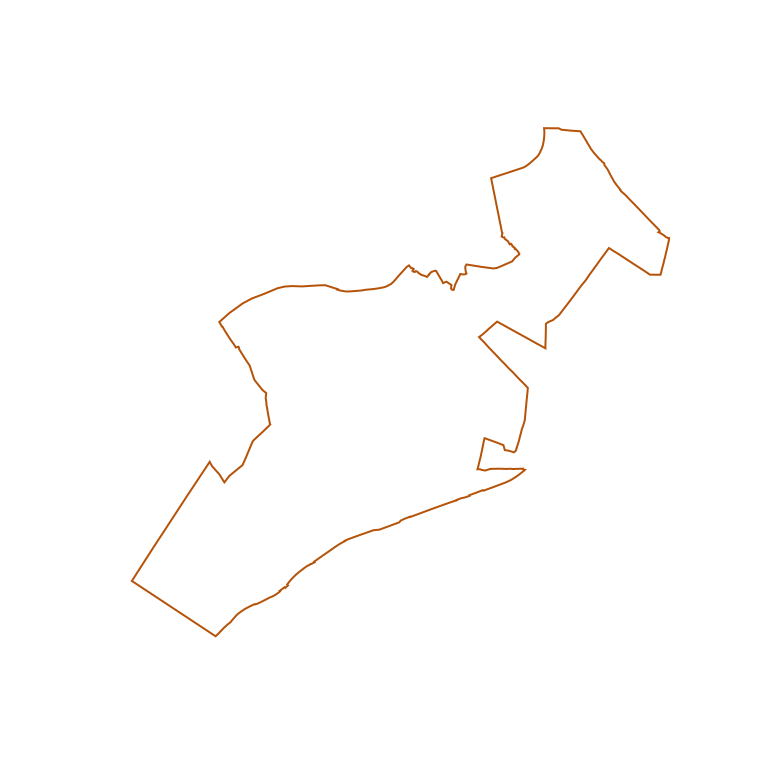 outline of Sērenes pag., Jaunjelgavas, Latvia, rotated 315°
{"feature_id": "27541924B63753357027447", "entity_name": "Sērenes pag.", "entity_type": "district", "adm_level": 2, "iso_a3": "LVA", "parent_name": "Latvia", "parent_adm1": "Jaunjelgavas", "projection": "orthographic", "projection_center": [25.194, 56.571], "detail": "fine", "context": "isolated", "style": "outline", "palette": "amber", "viewbox_px": 768, "rotation_deg": 315, "n_neighbors": 0, "source": "geoboundaries", "source_scale": "gbopen_adm2", "svg_char_len": 6049}
<svg xmlns="http://www.w3.org/2000/svg" viewBox="0 0 768 768"><g transform="rotate(315 384 384)"><path d="M672.3,322.3L669.7,324.4L665.4,327.4L661.7,329.2L657.5,330.7L655.4,331.3L653.8,331.5L651.7,331.5L647.9,331.3L644.1,331.1L641.3,330.8L638.4,330.3L636.6,329.8L635.2,329.3L605.3,314.2L574.0,361.2L574.1,361.3L572.9,361.9L572.2,362.7L571.6,362.8L571.6,363.9L572.1,364.8L572.7,365.3L572.4,365.6L572.3,366.5L572.1,366.8L572.2,367.5L572.2,368.6L572.5,369.4L572.5,370.4L572.6,370.9L572.4,371.4L572.0,372.7L571.7,374.2L572.8,374.4L573.0,374.9L572.9,375.8L572.4,377.1L572.3,377.6L572.7,378.4L572.3,378.9L572.5,379.6L572.7,380.3L572.3,380.9L572.1,381.1L572.5,381.3L572.5,384.4L571.7,387.8L571.3,387.9L570.7,387.9L569.9,387.9L568.5,387.7L566.6,387.5L565.9,387.4L565.1,387.6L561.2,387.9L546.1,381.9L543.0,379.6L535.5,369.8L532.5,365.6L526.8,357.8L524.4,358.5L522.8,360.3L522.0,361.4L521.5,362.1L521.1,362.8L520.8,363.4L520.5,364.1L520.3,364.0L519.4,364.1L519.2,363.9L517.5,362.5L516.4,361.2L516.2,360.9L515.7,360.2L514.6,360.6L509.3,362.4L504.8,364.0L499.7,366.7L498.8,365.5L498.9,363.8L501.7,361.7L501.2,359.5L500.5,355.8L497.1,354.4L497.8,352.5L500.8,340.9L500.6,340.3L497.1,338.4L495.1,338.2L493.4,338.3L493.4,338.6L491.6,338.6L490.1,338.7L489.9,338.3L489.7,337.5L489.5,336.9L489.2,336.2L488.3,334.7L488.1,334.1L487.8,333.8L487.6,333.4L487.4,332.7L487.4,332.3L487.5,331.7L487.0,330.7L486.9,329.1L487.0,328.7L486.9,328.5L487.0,328.2L486.9,327.8L486.7,327.3L486.5,327.0L486.0,326.5L485.4,326.7L485.0,326.5L484.8,326.3L484.3,325.5L484.1,324.7L484.0,324.4L484.4,324.0L484.8,324.0L485.3,323.9L486.0,323.9L486.4,323.5L486.2,322.8L486.1,322.5L485.2,321.3L485.5,317.8L483.1,317.3L478.3,317.5L470.1,317.9L465.0,318.3L462.7,318.4L461.0,318.3L459.4,318.2L457.4,317.5L455.6,317.1L452.4,315.6L450.3,314.2L447.4,312.2L443.7,309.4L440.9,307.1L438.2,304.8L434.8,302.4L432.0,300.1L428.6,297.2L425.8,294.8L423.0,292.2L420.9,289.5L419.0,286.7L417.7,284.2L418.3,284.1L412.3,272.6L407.8,268.3L395.1,257.1L388.1,249.6L382.6,244.8L376.4,241.0L363.0,235.5L351.0,230.1L341.1,227.1L325.1,224.5L311.4,223.7L310.2,228.3L310.2,228.6L310.0,229.3L310.3,229.4L309.4,232.7L308.1,238.2L306.8,244.3L306.0,249.4L305.1,253.5L307.3,254.6L307.5,254.9L306.1,257.3L303.7,267.6L302.7,272.6L302.1,275.8L300.5,279.0L298.4,283.3L297.7,284.5L296.1,287.8L295.7,288.5L295.2,290.0L293.8,302.3L294.3,307.1L293.5,307.8L290.7,310.0L286.9,314.9L286.2,315.5L285.4,316.8L285.3,317.0L281.4,322.4L275.5,331.0L275.0,332.2L265.9,332.1L252.9,331.6L251.7,331.6L250.5,331.8L245.9,333.6L234.0,338.5L226.6,341.3L226.4,341.3L209.7,339.6L201.6,340.7L201.7,340.1L202.3,337.5L202.7,335.7L203.8,331.0L203.8,330.0L204.3,320.9L205.3,316.8L205.7,315.8L167.1,323.6L120.9,333.3L114.9,334.5L109.4,335.7L105.4,336.5L97.3,338.3L97.1,338.4L96.6,338.4L66.4,345.0L67.2,348.7L86.1,441.1L86.6,443.3L89.8,443.4L98.8,443.2L105.0,443.6L105.3,443.8L108.1,443.9L108.5,443.7L116.3,443.2L118.6,443.3L123.0,444.0L127.2,444.9L132.0,446.4L137.1,448.3L137.2,448.9L140.1,450.2L149.9,453.5L151.4,453.9L155.6,455.6L158.6,456.4L162.2,457.0L163.9,457.1L163.9,456.5L170.1,457.4L170.1,458.4L173.7,458.5L173.7,457.3L179.4,456.6L186.1,456.5L191.1,456.9L197.8,457.8L201.8,458.5L202.6,459.1L205.0,459.4L205.4,459.9L208.8,461.0L208.9,460.2L216.4,461.5L220.4,462.2L229.2,463.8L233.4,464.5L237.5,465.3L240.5,466.0L245.3,467.5L245.4,467.1L249.5,468.7L259.7,473.5L272.9,479.8L277.9,483.8L285.0,487.1L297.0,492.6L299.3,492.4L304.3,494.3L308.7,496.3L308.5,496.6L317.7,500.8L325.3,504.3L333.1,507.9L345.6,513.8L353.2,517.6L353.3,517.3L357.5,519.2L361.5,521.7L365.4,523.6L365.7,523.0L378.9,529.0L378.9,529.8L400.3,539.6L405.7,541.6L411.4,542.9L414.3,543.4L417.2,543.8L421.6,544.3L422.9,544.3L422.4,543.7L422.2,543.4L422.1,543.1L422.1,542.8L421.7,541.6L421.8,541.6L421.4,541.2L420.8,540.7L420.1,539.9L419.0,539.1L418.7,538.8L418.4,538.4L418.2,538.1L417.5,537.4L416.6,536.7L416.3,536.5L415.1,535.3L413.5,533.4L411.2,531.2L410.3,530.5L408.6,528.6L408.2,528.1L406.8,526.7L405.7,525.5L403.2,523.1L400.9,520.8L399.7,519.8L399.1,519.2L394.3,516.7L392.3,513.7L391.6,512.2L390.8,511.3L389.8,510.4L391.3,509.6L396.8,506.2L401.5,503.4L413.4,495.5L416.7,493.4L416.8,493.4L416.9,493.5L418.1,496.1L421.9,504.2L425.2,511.7L422.7,516.2L425.0,519.3L427.4,523.9L427.5,524.2L428.0,524.3L430.3,524.3L431.3,523.9L432.0,523.2L432.1,523.3L438.8,519.8L444.9,516.2L449.6,513.4L453.1,511.8L458.0,509.1L470.3,498.9L474.4,495.5L479.7,491.2L483.0,488.4L483.0,486.1L483.0,485.5L483.1,484.9L483.1,479.8L483.1,477.8L483.1,475.7L483.2,472.7L483.4,467.1L483.3,460.6L483.5,455.3L483.5,450.1L483.6,447.2L483.8,439.2L484.0,430.4L484.3,426.0L484.3,420.8L484.4,418.0L489.0,418.7L495.4,419.1L496.2,419.0L508.1,419.9L512.7,435.9L513.3,438.1L515.4,445.2L517.6,452.9L518.3,455.3L520.3,462.4L523.4,472.9L526.1,470.2L531.6,465.1L541.1,455.9L543.5,456.2L543.8,456.4L544.1,456.4L548.8,458.3L551.9,458.5L556.5,459.0L565.7,457.8L570.4,457.2L579.9,455.9L588.5,454.6L593.3,453.9L599.9,453.3L607.6,451.8L608.6,451.7L619.4,450.0L627.3,448.7L639.2,446.9L640.4,452.5L641.7,457.8L641.9,458.3L641.9,458.6L642.1,459.8L643.2,465.1L643.4,466.0L645.3,475.2L645.8,477.5L646.6,481.2L647.9,487.2L649.4,494.9L650.9,496.3L656.8,502.3L662.4,498.9L666.8,496.4L670.5,494.1L671.4,493.7L675.3,491.2L676.9,490.2L679.1,488.9L687.1,483.8L688.8,482.4L688.5,482.1L688.1,481.6L687.9,481.2L687.6,480.4L687.3,479.6L687.2,478.7L687.2,478.3L687.1,477.2L687.1,476.8L686.7,475.2L686.5,474.3L686.1,472.8L685.6,471.1L685.4,470.7L687.1,470.8L687.5,469.9L687.6,455.5L687.9,445.3L688.0,439.9L688.0,439.5L688.1,434.1L688.2,425.2L688.4,422.9L688.2,418.6L688.1,418.1L688.1,417.7L688.0,415.5L688.0,414.8L688.2,413.8L688.5,413.8L688.6,412.7L689.1,408.2L689.8,403.8L690.0,403.0L692.0,396.0L693.8,390.6L694.3,387.6L694.7,385.0L695.8,383.7L695.4,381.6L695.6,378.5L695.5,378.4L695.4,377.6L695.6,373.3L695.9,368.9L696.5,364.5L697.3,361.4L697.9,359.0L698.2,357.5L698.6,356.1L699.9,351.2L701.6,344.2L695.3,337.0L692.7,333.8L689.3,329.7L688.3,326.6L687.2,325.6L678.1,316.3L676.7,318.0L675.0,319.8L672.3,322.3Z" fill="none" stroke="#b45309" stroke-width="2"/></g></svg>